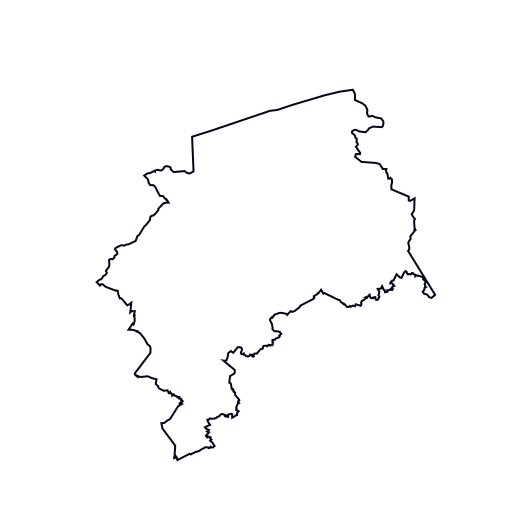 Francisco Z. Mena, Puebla, Mexico, rotated 56°
{"feature_id": "50627088B96858950012844", "entity_name": "Francisco Z. Mena", "entity_type": "district", "adm_level": 2, "iso_a3": "MEX", "parent_name": "Mexico", "parent_adm1": "Puebla", "projection": "robinson", "projection_center": [-97.773, 20.706], "detail": "fine", "context": "isolated", "style": "outline", "palette": "ink", "viewbox_px": 512, "rotation_deg": 56, "n_neighbors": 0, "source": "geoboundaries", "source_scale": "gbopen_adm2", "svg_char_len": 6125}
<svg xmlns="http://www.w3.org/2000/svg" viewBox="0 0 512 512"><g transform="rotate(56 256 256)"><path d="M285.6,422.3L287.3,422.6L289.8,421.8L289.0,421.3L290.8,420.3L292.3,418.4L295.0,413.2L299.4,410.3L302.5,407.4L306.0,410.7L309.1,410.0L311.4,410.5L316.0,408.0L317.9,404.5L321.0,405.0L321.3,404.7L320.7,403.2L322.8,403.2L323.7,402.6L324.9,403.5L324.9,401.5L326.3,401.5L328.1,400.1L328.8,400.3L329.9,398.6L330.7,399.7L331.2,399.5L330.9,398.8L333.1,397.9L334.1,399.0L334.6,398.2L335.3,398.0L335.2,399.0L336.1,399.6L335.5,401.3L336.2,401.4L336.1,402.0L336.5,402.0L337.2,401.1L337.0,404.6L343.1,418.4L342.8,421.8L343.1,425.3L341.7,428.0L346.9,430.0L368.0,429.0L374.8,434.3L376.9,434.5L376.5,435.8L377.8,436.9L378.6,434.4L381.2,435.2L382.9,421.6L384.0,421.1L384.6,415.7L385.8,412.6L385.8,408.5L386.3,406.6L386.1,404.9L388.2,402.6L388.8,402.7L389.2,401.6L388.7,400.3L389.7,400.1L390.6,398.8L390.4,396.6L386.0,396.5L383.5,397.3L383.2,395.6L381.0,396.1L380.8,395.2L378.7,396.7L379.0,398.0L378.1,398.0L377.9,397.5L377.0,398.0L375.9,393.5L374.1,394.7L373.8,392.3L371.2,394.0L369.4,394.1L370.3,388.5L366.4,388.5L364.6,387.9L365.2,386.7L364.8,385.1L366.1,384.0L368.0,380.2L367.8,378.3L368.3,376.0L367.7,374.4L367.8,372.7L370.0,370.8L371.3,371.4L372.0,371.0L371.5,370.1L371.8,369.3L373.0,369.8L373.8,369.2L371.9,367.5L373.2,364.5L373.8,364.2L376.8,366.2L376.9,361.8L377.4,360.7L375.7,359.6L375.0,357.2L372.6,358.6L371.8,357.4L370.8,357.5L368.3,353.8L368.4,352.7L367.8,353.0L367.2,352.0L366.8,352.3L366.0,351.3L366.3,350.6L365.6,350.3L359.4,351.0L357.6,349.7L355.8,350.5L355.1,349.8L352.6,349.2L353.7,350.2L352.7,350.5L348.4,348.5L347.3,348.3L346.0,349.0L341.0,344.5L341.3,339.5L338.8,337.3L324.5,341.5L325.5,340.4L325.9,338.7L323.8,335.8L321.3,333.8L320.9,332.6L320.7,330.0L323.3,329.2L323.5,328.7L321.4,322.1L323.1,319.8L324.8,319.4L326.3,320.5L327.7,322.7L328.6,323.0L329.4,322.8L329.9,320.7L331.1,321.3L331.9,320.4L333.0,320.4L334.9,318.8L335.1,317.4L334.4,316.1L334.7,315.7L337.9,314.8L338.0,314.0L337.6,313.6L335.9,313.9L336.5,312.7L336.1,311.8L337.4,309.9L335.8,304.3L336.5,302.2L335.0,300.7L334.9,299.9L335.9,297.8L337.1,297.2L336.7,295.2L338.0,294.5L337.9,294.0L339.1,292.3L338.7,291.6L337.2,290.9L337.2,290.1L335.4,289.9L334.8,289.3L336.0,287.2L335.5,285.8L336.3,282.3L336.0,281.4L335.0,281.2L334.8,278.7L332.2,278.8L330.8,279.9L328.6,282.8L325.9,283.3L324.9,282.4L321.1,280.8L317.0,280.3L316.2,279.6L315.7,277.0L316.3,276.8L315.0,273.6L316.3,268.3L317.4,266.6L321.6,262.5L322.2,262.8L321.1,258.1L322.6,257.2L323.2,254.8L322.9,249.1L322.0,246.9L323.7,232.1L323.1,231.6L323.1,230.9L321.7,230.6L321.9,226.0L321.4,225.9L321.6,224.5L320.4,220.9L324.9,221.2L325.0,220.0L338.4,212.3L339.1,211.3L342.0,211.4L344.3,209.9L345.0,209.7L345.2,210.2L346.4,209.2L347.3,209.5L349.2,208.8L350.0,207.9L350.0,206.1L351.0,206.0L351.4,203.2L353.1,201.9L351.9,200.2L355.8,197.0L354.8,195.4L353.3,195.0L352.5,193.2L352.8,190.2L352.3,188.3L352.8,187.4L352.4,186.9L351.7,187.6L352.2,185.3L351.6,184.4L351.7,183.4L353.5,184.3L355.2,184.2L356.6,182.2L356.0,181.9L356.8,180.1L359.3,181.0L360.2,180.2L360.3,179.4L358.9,176.6L357.0,176.4L354.8,173.8L351.3,173.5L352.9,170.6L351.5,168.3L355.7,169.0L356.8,168.3L358.1,169.3L359.1,167.2L357.9,166.2L358.5,165.9L358.8,164.2L360.1,162.4L358.7,162.3L359.5,160.9L358.2,160.7L358.4,160.3L357.7,159.5L358.1,158.0L354.3,158.6L353.9,159.9L353.1,159.4L352.5,157.1L353.2,155.8L349.7,149.6L354.2,148.7L355.5,147.6L352.4,142.3L352.1,140.5L353.3,140.0L354.5,140.5L356.2,140.4L356.6,139.0L357.8,138.2L357.3,136.3L357.7,135.6L358.9,135.7L360.5,134.5L361.9,135.3L361.8,133.7L362.9,133.1L363.1,132.2L367.2,129.4L368.6,129.6L368.9,130.5L369.5,130.3L369.7,129.6L371.9,129.9L372.7,130.2L373.7,132.0L375.9,132.5L376.2,133.1L376.8,132.7L376.8,134.3L378.5,135.9L378.7,137.7L381.0,137.9L383.9,135.6L386.9,135.5L388.9,133.9L388.3,129.2L336.9,127.1L336.2,125.3L334.6,124.1L330.4,122.5L329.4,121.3L328.3,118.3L326.0,117.0L323.8,110.1L323.1,110.1L323.5,109.2L321.8,109.0L319.3,107.7L315.5,105.4L314.0,103.5L313.3,103.9L308.5,103.6L306.5,99.3L296.9,92.3L296.5,97.3L295.9,98.0L295.4,98.3L292.1,96.2L276.5,106.4L273.3,104.5L270.9,101.9L268.5,100.5L266.3,100.9L266.6,102.0L265.8,103.1L261.1,101.0L260.2,101.3L258.1,100.6L256.8,99.3L254.7,102.2L249.0,102.0L245.7,104.8L237.0,115.9L229.1,118.4L227.4,116.1L229.7,112.9L228.9,112.0L221.3,112.1L220.7,109.4L219.8,108.8L218.0,109.1L215.2,106.9L213.7,107.4L210.8,106.6L208.3,107.6L207.1,107.4L206.3,106.3L206.4,104.4L207.2,102.6L210.6,100.6L214.6,96.1L214.3,93.3L213.4,90.9L214.1,86.7L219.5,79.7L219.2,78.2L217.0,75.9L215.3,75.1L212.0,75.3L207.8,79.4L204.9,81.2L203.8,84.1L203.1,84.7L199.7,84.2L197.3,82.0L192.7,81.3L189.0,82.4L182.1,86.7L176.8,83.3L172.3,82.8L166.5,94.9L161.1,109.4L151.2,140.9L146.8,156.8L143.5,163.1L127.1,223.0L121.4,242.3L150.8,260.4L150.7,263.9L150.0,265.5L148.6,266.7L145.6,267.8L140.4,277.3L136.4,278.2L135.6,277.5L133.9,277.6L131.2,280.2L130.9,282.1L131.8,283.6L132.3,286.3L131.1,288.1L129.8,288.9L129.1,290.4L128.7,292.3L129.4,292.6L128.6,293.0L128.0,297.3L126.8,300.1L126.8,303.7L131.9,302.7L135.6,304.1L138.1,304.0L139.9,301.5L142.1,300.9L152.3,302.1L154.4,299.6L158.6,299.2L158.7,298.5L162.9,298.7L161.5,300.6L160.6,303.4L162.2,310.6L163.3,311.2L164.8,316.3L165.1,318.2L164.4,319.7L164.4,321.5L166.9,323.9L168.8,329.8L169.0,331.9L173.2,341.2L173.1,343.0L176.2,347.4L175.0,355.4L174.0,357.0L173.8,359.4L172.0,361.2L171.6,362.3L170.8,367.8L171.4,369.1L175.0,368.9L176.8,369.9L176.9,373.4L178.0,374.3L178.5,375.9L178.4,376.7L177.1,378.5L177.0,379.9L182.0,383.0L183.0,384.5L184.1,388.2L184.7,388.9L186.1,388.9L186.8,389.4L187.5,391.5L187.2,393.6L188.6,396.8L188.3,399.3L188.5,402.7L193.2,401.9L192.7,400.2L193.8,398.9L197.6,397.8L206.4,391.6L206.7,390.7L207.8,390.1L210.5,391.5L214.9,392.6L215.3,391.7L217.2,391.1L224.9,390.3L225.2,388.8L225.0,385.5L232.4,391.7L232.1,389.9L234.0,387.4L236.2,389.7L237.2,389.6L237.5,390.9L239.1,391.0L242.3,393.2L244.3,395.8L243.1,396.1L245.8,402.9L248.1,399.7L251.3,397.0L252.2,396.3L252.3,396.9L255.2,395.3L261.9,394.7L268.3,395.3L271.7,394.4L273.7,395.1L277.3,397.8L285.6,422.3Z" fill="none" stroke="#020617" stroke-width="2"/></g></svg>